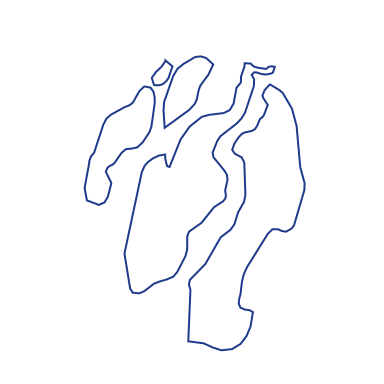 the border of Zeeland, rotated 287°
{"feature_id": "NLD-903", "entity_name": "Zeeland", "entity_type": "Province", "adm_level": 1, "iso_a3": "NLD", "parent_name": "Netherlands", "parent_adm1": "", "projection": "natural_earth1", "projection_center": [3.94, 51.477], "detail": "fine", "context": "isolated", "style": "outline", "palette": "blue", "viewbox_px": 384, "rotation_deg": 287, "n_neighbors": 0, "source": "natural_earth", "source_scale": "10m", "svg_char_len": 2659}
<svg xmlns="http://www.w3.org/2000/svg" viewBox="0 0 384 384"><g transform="rotate(287 192 192)"><path d="M80.3,287.3L70.4,286.3L63.2,283.7L61.0,282.9L53.5,276.3L49.2,266.3L49.4,257.1L50.7,247.3L48.1,232.1L98.0,219.1L102.6,216.1L107.4,215.7L127.0,225.8L157.1,232.7L167.0,239.8L173.5,242.0L186.0,242.0L197.8,244.7L205.2,243.8L235.4,233.4L239.6,229.5L241.2,221.6L244.2,218.1L250.8,218.4L258.0,220.6L262.5,222.9L264.5,225.3L268.0,231.5L270.7,233.9L274.2,234.9L281.6,235.7L284.7,237.7L286.7,238.3L297.4,239.0L302.7,232.7L304.7,231.2L310.7,231.7L317.5,234.9L317.3,236.6L315.0,245.8L313.3,249.7L301.1,263.1L285.8,272.7L247.5,288.2L233.4,297.1L226.5,298.9L189.9,299.3L186.1,297.9L181.5,293.5L181.0,289.4L181.5,285.0L179.9,279.8L174.1,276.7L136.3,266.6L128.4,265.6L120.8,266.0L108.5,268.2L103.5,268.4L99.0,269.3L95.6,272.1L95.0,276.7L95.8,281.7L94.9,285.4L80.3,287.3ZM335.9,234.6L329.7,234.4L328.5,233.1L326.0,228.5L325.1,223.7L325.3,219.6L324.7,216.5L321.5,214.8L317.9,218.5L311.1,220.2L283.4,219.5L276.9,217.8L270.7,214.8L253.7,202.9L248.7,201.3L235.8,200.2L231.5,202.4L222.3,216.2L218.8,220.3L214.1,222.4L203.0,223.3L199.0,225.3L195.7,225.8L192.4,224.6L183.9,217.5L165.3,210.1L153.3,200.8L148.4,200.4L135.6,204.2L128.7,204.5L111.2,201.3L105.6,198.9L100.9,193.3L96.8,187.0L93.1,182.4L83.0,175.2L79.6,171.0L78.4,164.6L81.7,161.0L113.4,145.4L196.2,138.2L203.1,139.0L207.7,141.1L212.7,144.8L217.1,149.6L220.0,155.4L216.7,156.4L211.5,159.3L209.4,160.8L209.4,163.2L238.9,165.7L253.9,170.6L266.7,179.4L270.7,185.6L276.8,199.3L281.4,204.2L288.8,205.9L304.9,204.1L310.9,206.7L317.0,205.1L327.1,205.5L330.5,204.7L330.6,204.9L332.0,210.7L330.9,212.3L330.6,213.6L330.0,214.8L330.2,219.3L331.4,227.0L334.3,228.9L335.5,231.5L335.9,234.4L335.9,234.6ZM260.3,109.3L273.2,112.2L279.0,115.5L279.7,121.9L276.5,125.9L271.4,128.7L265.9,130.4L242.3,134.1L236.8,133.8L225.3,130.4L218.7,126.7L215.7,121.3L213.7,116.3L208.9,113.2L196.8,109.3L194.7,107.8L192.8,105.6L190.2,104.0L186.1,103.7L178.5,110.9L176.7,112.3L162.9,112.9L156.5,111.4L152.4,106.7L153.3,93.9L164.5,88.1L190.5,85.1L191.8,84.7L196.8,85.1L200.9,86.9L230.4,87.5L237.2,88.7L242.2,91.8L253.8,103.1L255.3,105.2L257.2,107.3L260.3,109.3ZM320.2,175.0L309.1,173.4L296.3,168.9L291.6,168.6L281.8,169.5L277.2,168.9L269.8,165.4L245.4,147.1L261.7,140.9L269.9,139.0L297.5,140.1L305.6,142.1L312.8,147.0L313.0,147.4L321.1,154.7L322.2,155.9L324.3,160.9L324.3,165.6L323.9,167.2L320.2,175.0ZM306.4,136.6L294.3,136.2L291.0,135.2L287.9,133.5L285.4,131.1L283.9,127.7L283.2,124.7L283.3,124.6L284.1,123.8L289.3,120.2L296.2,122.4L302.8,126.2L309.8,128.4L310.0,128.3L309.9,128.6L306.4,136.6Z" fill="none" stroke="#1e3a8a" stroke-width="2"/></g></svg>